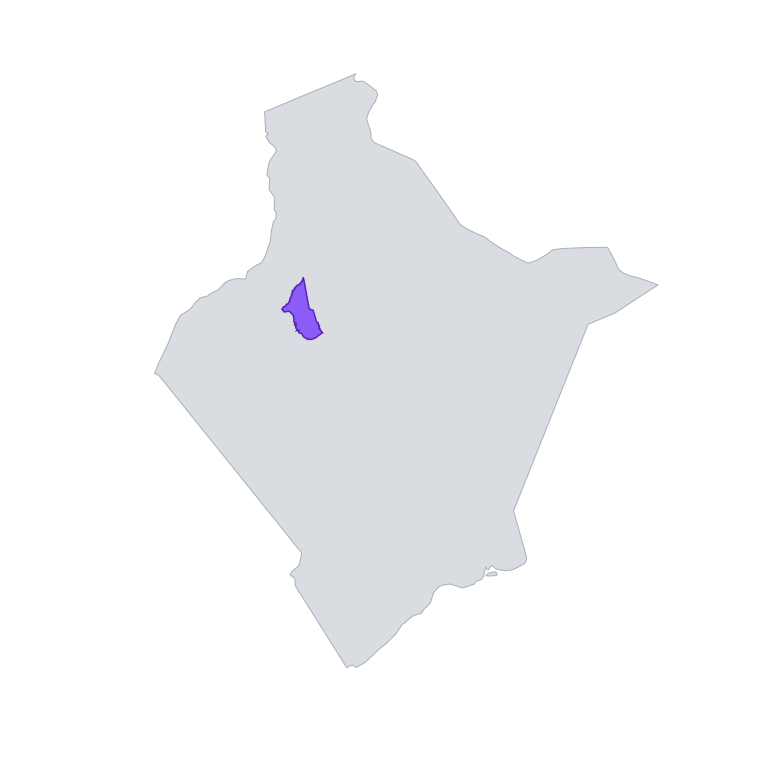 Tiaty, Rift Valley, Kenya shown in context, rotated 22°
{"feature_id": "3690345B93323191576602", "entity_name": "Tiaty", "entity_type": "district", "adm_level": 2, "iso_a3": "KEN", "parent_name": "Kenya", "parent_adm1": "Rift Valley", "projection": "mercator", "projection_center": [35.941, 1.145], "detail": "fine", "context": "in_parent", "style": "filled", "palette": "violet", "viewbox_px": 768, "rotation_deg": 22, "n_neighbors": 0, "source": "geoboundaries", "source_scale": "gbopen_adm2", "svg_char_len": 7277}
<svg xmlns="http://www.w3.org/2000/svg" viewBox="0 0 768 768"><g transform="rotate(22 384 384)"><path d="M167.4,460.2L167.2,451.0L168.6,427.4L168.4,406.7L169.6,396.4L174.7,389.8L177.0,385.0L178.7,378.4L181.4,372.9L187.5,368.5L188.6,366.1L195.0,358.7L198.8,349.2L201.7,346.0L205.4,343.0L207.9,341.4L212.1,339.9L215.4,339.0L216.0,338.2L216.3,336.7L215.2,330.8L216.6,328.9L218.9,324.9L221.4,321.3L223.8,319.0L225.1,316.6L225.7,312.4L225.8,309.5L225.7,304.7L225.0,293.8L222.3,284.7L220.6,274.5L221.9,271.1L219.7,265.1L218.6,264.8L216.9,263.5L214.7,257.9L213.0,252.7L211.9,251.4L204.7,246.9L201.0,236.3L197.0,233.9L194.8,223.4L194.4,220.4L196.7,209.9L196.4,207.4L194.0,205.2L187.2,203.0L181.6,198.6L182.3,197.1L182.8,195.5L179.8,194.5L171.4,176.4L182.3,165.6L193.3,154.6L207.4,140.7L220.4,128.0L231.6,117.0L241.5,107.1L241.3,109.0L241.3,111.5L242.6,113.0L244.6,114.1L247.5,113.0L250.0,111.4L252.4,111.1L267.4,115.2L269.9,118.8L269.8,122.6L270.4,125.4L269.3,128.2L268.0,136.7L268.4,144.4L272.9,150.2L276.9,154.7L280.1,161.0L282.5,162.9L285.7,163.9L296.0,164.2L311.3,164.6L326.0,165.0L327.3,165.2L330.4,166.0L344.0,174.6L356.3,182.4L366.8,189.2L377.0,195.8L386.9,202.2L394.5,207.5L402.1,209.2L414.4,209.9L422.9,210.2L430.7,212.4L442.4,214.5L451.1,215.6L456.4,216.8L471.0,218.0L473.4,217.3L479.9,211.4L487.1,201.8L489.9,196.5L499.2,191.3L515.6,183.9L527.2,178.8L540.0,173.6L545.8,178.1L553.9,185.3L557.5,188.9L560.4,190.4L564.8,191.5L570.1,191.5L573.0,191.4L578.9,190.4L592.8,189.6L600.8,189.6L594.1,199.2L586.1,210.7L571.3,231.9L560.1,243.0L551.6,251.4L550.8,252.9L550.9,262.3L551.0,285.2L551.1,331.0L551.3,376.7L551.5,422.5L551.6,445.4L551.6,453.1L559.1,462.7L566.3,472.1L575.9,484.5L581.1,491.2L582.0,493.4L581.7,497.9L573.8,507.2L567.3,511.4L558.6,513.5L555.9,513.1L552.5,511.7L551.2,514.0L550.2,517.5L548.2,516.7L546.8,515.7L547.7,521.9L548.5,525.0L547.2,529.1L543.0,532.7L542.6,535.7L533.4,543.7L520.4,544.6L513.6,548.6L510.5,551.8L508.2,558.9L509.0,569.8L505.4,578.2L504.7,582.4L498.0,587.8L495.0,592.8L492.8,597.9L490.9,600.1L488.6,611.5L485.5,618.4L484.7,620.7L483.9,622.8L481.5,626.9L479.9,629.7L478.8,631.5L470.8,649.2L464.6,657.2L459.8,656.3L456.6,659.4L456.2,660.9L454.5,660.1L450.4,657.1L442.1,651.1L433.8,645.1L425.4,639.1L417.1,633.1L408.8,627.0L400.4,621.0L392.1,615.0L383.7,609.0L378.9,605.5L376.7,603.4L375.0,599.2L374.2,598.2L372.0,596.9L369.3,596.6L368.6,595.8L368.6,593.8L369.5,590.9L372.6,585.4L372.9,582.2L372.3,578.5L371.4,572.6L370.5,571.2L365.0,568.2L353.4,561.7L341.9,555.2L330.3,548.7L318.7,542.3L307.1,535.8L295.6,529.3L284.0,522.9L272.4,516.4L260.8,509.9L249.3,503.5L237.7,497.0L226.1,490.6L214.5,484.1L203.0,477.6L191.4,471.2L179.8,464.7L175.5,462.3L171.5,460.2L167.4,460.2ZM552.5,523.0L550.4,523.5L551.5,520.4L557.4,516.4L559.9,517.3L560.3,518.2L560.2,519.0L559.2,519.9L552.5,523.0Z" fill="#d9dde1" stroke="#a8b0b8" stroke-width="1"/><path d="M283.0,366.9L283.4,366.5L283.5,366.6L283.8,366.8L284.0,366.4L284.1,366.1L284.3,366.0L284.5,366.2L284.8,366.1L284.8,366.3L285.0,366.5L284.9,366.6L285.1,366.6L285.1,366.4L285.3,366.3L285.5,366.5L285.4,366.8L285.3,367.3L285.2,367.4L285.1,367.5L285.4,367.7L285.5,367.9L285.8,368.2L285.8,368.4L285.9,368.5L288.6,367.9L289.8,368.8L290.0,369.2L290.7,369.8L291.2,370.0L292.4,370.5L292.8,370.6L293.7,370.8L294.2,370.9L294.5,370.9L294.8,370.9L295.1,370.8L295.3,370.7L295.6,370.5L296.4,371.4L297.0,370.7L300.1,369.9L303.3,366.8L306.7,361.1L307.1,360.2L307.9,359.8L307.8,359.7L307.6,359.4L307.4,359.4L307.2,359.2L306.9,359.1L306.9,358.9L306.5,358.8L306.3,358.5L306.1,358.4L305.7,358.4L305.5,358.5L305.4,358.4L304.7,357.8L304.5,357.5L304.3,357.2L304.2,357.0L304.1,356.8L303.9,356.8L303.6,356.9L303.1,356.8L302.8,356.7L302.7,356.5L302.7,356.3L302.7,356.2L302.7,356.3L302.6,356.2L302.7,355.8L302.3,355.4L302.4,355.2L302.3,354.7L302.5,354.7L302.4,354.5L302.4,354.3L302.4,354.2L302.1,354.1L302.1,353.9L301.9,353.9L301.7,353.8L301.4,353.9L301.2,353.8L301.1,353.7L301.0,353.4L300.9,353.4L300.6,353.4L300.4,353.3L300.2,352.9L300.1,352.2L299.9,352.0L299.9,351.8L298.5,352.0L290.7,342.2L286.5,342.3L282.4,335.9L281.2,334.0L279.5,331.4L274.9,324.0L270.9,317.8L269.6,315.9L269.4,315.8L269.3,316.1L269.2,316.5L269.3,316.8L269.4,317.1L269.5,317.1L269.8,317.3L269.9,317.5L269.7,317.6L269.4,317.6L269.4,318.0L269.5,318.2L269.6,318.3L269.5,318.6L269.4,318.6L269.4,318.8L269.4,319.0L269.4,319.3L269.3,319.5L269.5,319.9L269.3,320.1L269.3,320.3L269.3,320.5L269.1,320.4L269.1,320.9L269.0,321.2L269.0,321.5L268.8,321.6L268.7,321.9L268.7,322.1L268.7,322.3L268.7,322.5L268.4,322.6L268.4,322.8L268.4,323.0L268.3,323.3L268.1,323.4L268.0,323.5L267.9,323.6L267.8,323.8L267.8,324.0L267.3,324.1L267.3,324.3L267.0,324.6L266.9,324.8L266.7,325.0L266.6,325.3L266.3,325.7L266.1,325.8L266.0,326.1L266.2,326.4L266.2,326.5L266.1,326.9L266.0,327.0L265.8,327.1L265.7,327.2L265.6,327.5L265.4,327.6L265.3,327.8L265.5,328.0L265.3,328.2L265.3,328.3L265.4,328.6L265.3,328.8L265.6,329.0L265.4,329.2L265.3,329.4L265.4,329.5L265.5,329.5L265.4,329.6L265.2,329.7L265.1,329.8L265.1,330.0L264.9,330.3L265.1,330.4L265.1,330.5L265.0,330.8L264.8,331.0L264.7,331.1L264.6,331.3L264.7,331.5L264.5,331.8L264.3,332.0L264.5,332.3L264.3,332.6L264.4,332.8L264.5,332.7L264.5,332.8L264.4,332.9L264.5,333.0L264.8,333.1L264.7,333.3L264.9,333.5L265.0,333.6L264.8,333.9L264.9,334.0L264.8,334.7L264.8,335.1L264.7,335.4L264.8,335.6L264.7,335.8L264.7,336.0L264.8,336.1L264.9,336.3L265.0,336.4L265.1,336.6L265.3,336.7L265.4,336.8L265.3,337.0L265.2,337.2L265.0,337.5L265.0,337.9L265.0,338.0L265.1,338.4L265.0,338.5L265.0,338.8L265.2,339.1L265.1,339.3L265.0,339.5L264.9,339.6L264.8,339.8L264.8,340.4L264.9,340.5L265.0,340.6L265.1,340.8L265.2,341.1L265.2,341.3L265.1,341.5L265.3,341.8L265.2,342.2L265.3,342.3L265.2,342.5L265.2,342.8L265.2,343.1L265.4,343.3L265.5,343.4L265.3,343.5L265.3,344.0L265.1,344.6L265.0,345.0L264.9,345.3L264.9,345.7L264.8,345.8L264.7,345.9L264.5,346.0L264.4,346.1L264.2,346.2L264.2,346.3L264.1,346.5L263.9,346.7L263.7,346.8L263.8,347.0L263.7,347.1L263.6,347.4L263.5,347.5L263.6,347.8L263.6,348.2L263.5,348.4L263.4,348.5L263.3,348.8L263.4,349.0L263.2,349.1L263.2,349.3L263.0,349.6L262.8,349.6L262.6,349.7L262.5,349.9L262.3,349.9L262.1,349.9L261.9,350.2L261.8,350.3L261.9,350.6L261.7,351.3L261.4,351.8L261.4,352.0L261.6,352.2L261.7,352.4L261.6,352.6L261.5,352.8L261.4,353.0L261.5,353.1L261.6,353.3L262.1,353.3L262.3,353.3L262.5,353.3L262.7,353.2L262.8,353.4L263.0,353.5L263.3,353.7L263.4,353.8L263.4,354.0L263.5,354.1L263.7,354.4L263.8,354.4L263.9,354.5L264.0,354.6L264.3,354.6L265.0,354.3L265.1,354.2L268.5,352.2L268.8,352.3L270.1,352.5L270.3,352.5L270.8,352.8L271.2,352.9L272.1,353.3L274.8,355.1L275.2,355.4L275.4,356.4L275.7,356.6L275.8,356.8L275.9,357.0L275.9,357.3L276.1,357.6L276.4,357.9L276.5,358.0L276.5,358.4L276.5,358.6L276.6,358.8L276.8,359.1L276.8,359.3L276.8,359.5L277.0,359.6L277.1,359.8L277.3,359.8L277.5,359.9L277.6,360.0L277.8,360.0L278.0,360.1L277.9,360.2L278.0,360.3L277.9,360.6L278.0,360.8L278.2,361.1L278.4,361.1L278.5,361.0L278.6,360.8L278.9,360.8L279.4,360.5L279.5,360.4L279.8,360.4L279.9,360.5L279.5,361.1L279.8,361.6L279.7,362.0L279.2,362.7L279.1,362.8L279.5,362.9L280.2,362.9L280.3,362.8L280.8,362.8L280.7,363.5L280.7,363.8L280.6,364.1L281.2,364.9L282.3,365.7L283.1,366.5L283.0,366.9Z" fill="#8b5cf6" stroke="#5b21b6" stroke-width="1.5"/></g></svg>